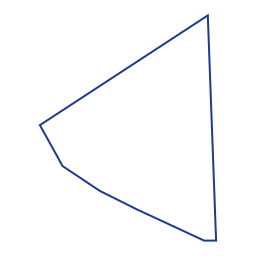 4, Ad Dawhah, Qatar
{"feature_id": "91078587B32621673387065", "entity_name": "4", "entity_type": "district", "adm_level": 2, "iso_a3": "QAT", "parent_name": "Qatar", "parent_adm1": "Ad Dawhah", "projection": "robinson", "projection_center": [51.536, 25.281], "detail": "fine", "context": "isolated", "style": "outline", "palette": "blue", "viewbox_px": 256, "rotation_deg": 0, "n_neighbors": 0, "source": "geoboundaries", "source_scale": "gbopen_adm2", "svg_char_len": 230}
<svg xmlns="http://www.w3.org/2000/svg" viewBox="0 0 256 256"><path d="M39.9,125.1L62.6,166.1L91.1,185.1L100.0,191.0L137.3,209.6L204.1,240.6L216.1,240.6L207.8,15.4L39.9,125.1Z" fill="none" stroke="#1e3a8a" stroke-width="2"/></svg>